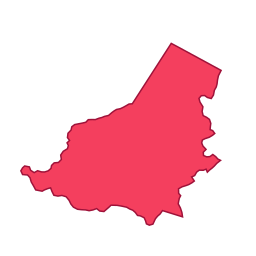 the district of Gracho Cardoso, Sergipe, Brazil, rotated 101°
{"feature_id": "56859067B73235576030104", "entity_name": "Gracho Cardoso", "entity_type": "district", "adm_level": 2, "iso_a3": "BRA", "parent_name": "Brazil", "parent_adm1": "Sergipe", "projection": "mercator", "projection_center": [-37.201, -10.239], "detail": "fine", "context": "isolated", "style": "filled", "palette": "rose", "viewbox_px": 256, "rotation_deg": 101, "n_neighbors": 0, "source": "geoboundaries", "source_scale": "gbopen_adm2", "svg_char_len": 1951}
<svg xmlns="http://www.w3.org/2000/svg" viewBox="0 0 256 256"><g transform="rotate(101 128 128)"><path d="M204.8,57.5L200.6,59.0L196.5,61.3L192.9,64.2L190.1,64.3L187.1,64.2L184.4,63.4L182.5,65.8L178.0,66.8L175.4,63.7L173.4,60.0L171.9,57.5L169.5,54.7L167.4,52.8L163.9,56.2L162.0,53.5L158.2,52.2L155.8,50.0L155.1,46.0L153.5,43.5L156.2,41.7L153.8,40.0L151.3,37.8L149.0,36.1L145.7,34.1L142.1,31.0L141.3,33.9L139.4,36.4L137.8,39.7L140.4,42.1L141.3,45.2L140.6,48.6L137.4,49.5L134.1,47.3L131.4,51.0L128.6,52.8L125.6,52.7L123.8,50.4L121.6,46.5L119.0,43.6L116.8,41.8L114.4,44.4L113.9,47.1L111.0,47.4L107.7,47.6L104.0,49.7L102.5,52.9L101.5,56.6L97.6,58.4L92.9,58.5L88.8,62.3L85.4,64.0L82.3,62.2L81.5,58.9L82.9,55.9L83.2,51.9L79.4,50.4L74.5,50.4L70.9,49.2L67.7,49.0L63.8,49.3L59.4,49.2L53.7,47.6L38.5,95.8L36.7,101.7L103.4,128.4L104.3,131.6L106.5,134.1L108.6,136.6L110.5,139.2L112.0,142.8L113.9,144.9L116.1,146.9L119.4,149.5L121.1,153.3L122.7,155.7L123.9,158.3L126.0,161.7L126.5,164.7L127.4,168.6L130.4,170.5L131.9,173.8L133.3,177.3L134.8,181.0L137.5,183.4L140.9,183.5L144.6,185.9L149.0,185.6L151.3,183.0L154.2,185.0L156.6,183.2L159.9,183.5L163.2,187.1L167.4,188.9L171.6,187.4L175.1,189.7L176.3,193.8L179.3,195.9L182.4,195.9L185.3,198.2L187.1,201.5L187.6,204.6L187.2,208.6L189.7,211.6L188.1,215.5L185.0,217.4L185.0,222.2L187.3,223.9L190.5,225.0L193.8,222.6L193.3,217.6L195.5,214.7L199.4,212.7L203.2,209.4L206.4,206.8L206.4,203.4L206.4,200.2L204.7,198.2L202.8,195.2L201.5,192.6L204.8,190.5L208.2,187.9L208.2,183.8L206.8,180.0L207.3,175.5L210.3,172.0L213.6,169.5L216.1,166.5L217.4,162.1L217.1,158.2L216.5,153.9L216.6,150.4L215.1,146.7L213.1,143.4L214.9,139.9L214.6,135.7L209.5,131.7L207.0,129.9L206.0,123.9L205.9,119.7L206.0,114.2L207.2,110.8L207.8,107.6L209.5,104.7L212.0,102.0L211.9,99.1L213.0,95.0L215.7,93.1L218.6,91.6L219.3,88.5L217.6,85.2L211.9,83.8L208.8,82.1L206.3,80.1L202.5,78.4L204.8,57.5Z" fill="#f43f5e" stroke="#9f1239" stroke-width="1.5"/></g></svg>